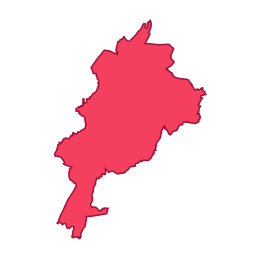 the district of Campulung, Arges, Romania, rotated 354°
{"feature_id": "2599482B28954642514421", "entity_name": "Campulung", "entity_type": "district", "adm_level": 2, "iso_a3": "ROU", "parent_name": "Romania", "parent_adm1": "Arges", "projection": "albers", "projection_center": [25.046, 45.256], "detail": "fine", "context": "isolated", "style": "filled", "palette": "rose", "viewbox_px": 256, "rotation_deg": 354, "n_neighbors": 0, "source": "geoboundaries", "source_scale": "gbopen_adm2", "svg_char_len": 5747}
<svg xmlns="http://www.w3.org/2000/svg" viewBox="0 0 256 256"><g transform="rotate(354 128 128)"><path d="M97.9,211.0L98.4,209.0L99.1,208.3L99.2,206.6L99.8,205.8L98.1,205.8L96.9,205.0L95.8,205.6L94.6,205.3L94.1,206.4L92.8,206.2L92.2,207.5L90.8,207.5L90.3,207.1L89.7,205.9L87.9,203.6L86.4,203.1L83.5,203.0L83.4,202.0L82.8,201.3L82.7,200.9L82.8,199.8L85.1,196.5L85.3,195.7L85.1,194.1L85.3,193.0L85.1,191.6L85.1,190.1L86.2,189.1L86.2,187.9L86.8,187.3L87.6,183.6L89.9,180.5L90.1,179.5L89.9,178.9L91.7,174.6L93.4,175.4L94.4,174.9L94.5,174.2L94.3,173.7L94.8,173.4L94.9,173.8L95.3,173.7L95.6,173.2L96.6,173.0L96.8,173.4L97.3,170.9L99.3,171.7L100.5,171.8L101.3,169.7L101.1,168.6L101.0,166.7L101.2,166.1L103.5,168.8L104.0,170.0L107.3,169.2L108.8,169.5L111.2,171.6L113.3,172.8L114.8,172.2L118.4,172.4L120.0,172.2L120.6,171.4L124.2,169.0L126.5,166.4L127.0,166.4L127.8,167.0L129.1,166.5L130.9,166.8L131.4,165.9L131.3,164.9L131.5,164.7L132.4,164.0L134.9,163.7L136.7,162.1L137.4,162.0L137.9,162.7L138.6,162.7L140.1,161.5L142.9,162.3L145.1,162.4L147.5,160.3L147.9,160.3L147.8,159.9L148.7,158.4L149.1,158.4L149.9,157.5L150.2,156.0L151.2,156.2L151.1,155.7L151.5,155.0L151.5,153.3L152.2,153.0L153.4,153.1L153.3,151.6L152.9,151.2L154.3,148.9L153.6,147.8L154.3,147.3L154.8,146.2L159.3,140.9L159.4,140.0L159.9,138.5L160.0,137.4L161.0,136.4L160.9,135.7L160.5,134.9L163.3,131.2L164.1,129.8L165.0,130.5L164.8,130.9L164.9,131.4L164.2,131.3L164.6,132.7L164.9,133.1L165.5,133.1L166.2,133.6L167.1,135.1L167.0,135.8L167.3,136.1L167.8,137.1L167.8,138.0L168.4,138.1L168.6,138.7L169.3,139.3L173.1,135.6L174.8,135.9L176.6,135.1L176.5,134.9L176.7,134.4L177.2,134.1L178.2,132.4L178.5,131.4L179.5,131.2L180.4,130.1L180.7,130.0L182.5,130.6L183.4,128.1L186.9,128.1L186.9,128.4L187.2,128.4L188.9,128.6L189.7,129.2L196.0,130.6L197.4,129.6L198.9,129.4L199.2,128.9L199.1,127.2L199.9,127.1L199.9,126.8L200.6,126.3L200.5,126.1L200.8,125.2L200.4,124.7L200.7,124.3L201.0,124.3L200.5,122.7L200.3,121.1L198.5,121.0L199.9,119.3L200.6,117.4L200.9,115.3L202.4,114.2L202.1,113.6L200.4,112.3L201.8,110.5L203.0,108.4L205.2,106.0L203.3,105.7L203.6,103.8L208.9,102.7L208.1,101.5L208.2,99.8L207.0,99.2L205.9,98.2L206.3,97.4L206.6,96.5L206.6,96.0L206.2,95.8L205.3,96.0L203.8,97.2L202.3,97.7L202.1,97.7L201.6,96.6L200.5,96.6L198.3,97.3L197.5,95.3L197.0,94.7L196.9,93.8L196.0,92.9L195.8,92.4L196.2,92.5L196.1,91.3L195.5,91.0L195.0,89.4L194.5,89.3L193.4,87.8L193.3,86.7L191.3,85.6L190.3,85.3L188.7,85.4L187.6,84.6L186.3,84.8L184.4,84.3L184.2,84.0L183.1,83.8L182.7,83.4L181.1,83.2L180.6,82.5L178.5,81.8L178.3,80.7L178.5,80.1L177.2,78.6L176.9,77.9L177.3,77.6L175.0,76.2L174.6,75.3L173.9,74.8L173.7,74.1L173.0,74.1L173.5,73.7L172.4,73.0L173.7,72.2L176.7,71.0L178.9,69.3L180.8,67.3L178.5,63.9L178.2,63.1L178.1,61.7L178.3,60.8L177.8,60.7L179.6,57.9L181.2,54.9L181.7,53.5L180.6,52.8L177.9,49.5L176.9,48.9L167.6,48.5L156.3,46.1L153.7,45.8L158.0,39.7L159.3,37.3L159.6,36.3L158.3,35.7L160.3,32.6L161.5,29.6L162.0,26.7L161.5,23.2L161.3,23.2L161.3,23.8L160.9,23.8L160.7,24.8L159.3,24.5L158.7,25.2L158.7,27.3L158.3,28.0L158.0,30.0L157.6,30.7L155.4,29.8L155.6,29.2L155.9,29.3L156.2,28.3L155.9,28.2L156.5,27.6L156.6,26.3L155.6,26.3L154.8,25.8L153.1,27.4L152.3,29.3L151.7,29.9L150.8,31.4L148.6,32.7L145.8,35.9L144.3,37.1L142.8,38.7L142.5,38.6L138.8,41.6L138.0,41.9L137.5,41.8L136.7,41.2L136.2,41.0L134.0,38.2L133.9,36.9L133.6,36.7L133.3,36.8L132.5,38.0L131.5,38.9L129.5,39.4L128.2,41.2L127.1,40.9L124.2,48.9L124.5,51.6L125.0,51.6L125.0,50.9L125.6,51.1L125.4,52.7L125.0,53.8L118.2,49.7L112.7,48.1L111.8,48.8L108.4,52.5L106.1,54.4L104.4,56.3L97.7,63.9L99.3,70.3L100.6,70.2L102.1,70.7L101.8,72.1L102.0,72.8L102.4,73.1L102.4,74.4L102.7,75.2L102.5,75.7L103.5,77.0L103.8,77.9L103.6,78.6L103.7,79.1L102.7,80.2L103.1,80.8L103.3,81.7L103.0,83.2L102.0,84.4L101.9,85.6L101.1,86.4L100.7,87.5L99.9,88.5L98.7,89.4L96.4,90.4L95.7,91.5L94.3,93.0L93.4,93.1L93.0,93.4L92.7,94.0L93.0,94.7L89.7,94.9L89.6,95.1L90.1,95.7L90.1,96.1L89.7,97.8L89.4,98.3L87.8,99.0L87.2,98.9L87.3,97.2L87.0,96.6L87.3,94.7L86.3,94.4L86.1,95.1L86.0,98.0L85.5,99.0L85.8,100.7L84.9,100.7L84.6,101.7L83.5,101.0L83.2,101.1L82.0,102.4L81.7,101.9L80.9,101.8L80.8,102.3L78.3,103.5L78.2,105.9L80.7,106.0L81.0,107.5L80.7,107.9L81.6,108.0L81.4,109.2L82.4,109.8L83.4,111.1L85.5,112.0L86.2,112.7L86.3,113.5L86.0,114.4L86.0,115.8L86.3,117.6L86.1,119.0L86.6,120.2L85.9,121.7L85.5,123.5L84.9,124.1L81.8,125.2L79.6,127.0L77.9,126.6L76.6,128.5L74.2,127.9L72.9,126.9L72.5,127.4L72.6,128.0L72.9,128.4L72.7,128.5L72.5,129.6L71.9,129.3L71.8,129.6L71.0,129.9L70.6,129.5L67.9,132.8L65.8,131.6L65.1,131.4L64.2,131.6L62.3,132.4L62.7,133.3L61.3,134.2L61.1,135.1L60.8,135.2L60.2,135.0L59.9,136.0L58.1,135.2L58.3,137.0L57.8,136.8L57.0,137.0L56.4,138.0L55.8,140.2L55.2,141.0L55.5,141.1L55.5,141.6L52.7,145.4L52.4,146.5L52.4,147.4L52.8,148.5L54.7,148.4L55.7,149.2L58.2,149.9L59.6,152.5L60.3,153.4L61.2,155.5L61.4,156.2L60.0,156.8L60.8,157.7L67.9,161.0L66.6,162.4L65.5,162.7L65.6,164.0L65.2,164.5L64.5,166.4L64.3,171.1L65.0,172.8L65.0,173.4L66.7,174.7L68.0,176.1L68.2,176.9L70.1,177.5L70.4,179.2L70.4,180.5L69.8,181.0L68.3,183.7L61.1,192.6L58.3,197.0L54.2,204.3L51.8,207.8L50.0,211.2L49.8,212.0L49.3,212.5L48.6,214.3L47.1,215.9L50.4,214.7L52.9,217.4L54.1,216.3L55.4,216.4L56.0,217.1L57.0,221.0L57.9,221.7L58.7,221.6L59.9,221.0L60.4,221.2L60.7,220.6L61.4,219.9L64.0,220.5L63.0,223.8L62.5,224.9L61.3,229.6L61.1,229.6L60.8,230.6L61.4,230.9L61.4,231.2L62.0,231.3L62.1,231.0L62.5,230.8L67.2,231.2L67.4,232.7L68.0,232.8L67.9,231.4L69.2,232.3L69.6,231.6L70.0,230.1L70.1,228.6L70.4,227.3L71.5,226.0L71.8,225.1L73.3,222.9L74.8,221.8L75.6,219.6L76.6,215.9L77.3,214.3L77.2,211.9L80.9,211.8L81.0,212.0L82.7,212.0L84.8,211.6L85.6,211.8L97.9,211.0Z" fill="#f43f5e" stroke="#9f1239" stroke-width="1.5"/></g></svg>